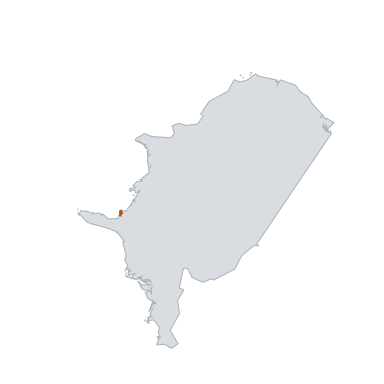 location of Franklin, United States of America, rotated 124°
{"feature_id": "52423323B15178674781049", "entity_name": "Franklin", "entity_type": "district", "adm_level": 2, "iso_a3": "USA", "parent_name": "United States of America", "parent_adm1": "", "projection": "equal_earth", "projection_center": [-84.778, 29.8], "detail": "fine", "context": "in_parent", "style": "filled", "palette": "amber", "viewbox_px": 384, "rotation_deg": 124, "n_neighbors": 0, "source": "geoboundaries", "source_scale": "gbopen_adm2", "svg_char_len": 4612}
<svg xmlns="http://www.w3.org/2000/svg" viewBox="0 0 384 384"><g transform="rotate(124 192 192)"><path d="M299.7,134.5L318.8,132.8L325.6,118.8L332.9,121.2L333.8,129.9L338.4,135.7L331.3,137.7L331.0,139.4L329.7,137.3L328.1,140.8L322.6,143.2L319.3,152.1L322.7,155.9L324.9,155.4L324.2,153.7L324.9,154.5L325.2,156.4L319.1,157.7L317.8,155.6L317.3,158.4L310.2,159.1L304.9,162.6L305.4,160.6L304.8,159.3L303.6,164.1L305.1,165.0L304.8,169.2L301.3,174.5L297.4,171.2L299.6,167.8L297.0,170.2L298.2,173.9L299.9,176.1L300.2,178.5L295.9,187.3L297.1,181.7L293.4,176.5L295.6,171.0L292.0,172.7L293.5,180.8L290.0,178.3L288.8,178.6L289.8,176.1L289.8,175.3L288.6,177.3L288.6,179.0L294.0,182.1L292.9,183.6L290.4,180.7L289.5,180.3L292.6,183.7L293.9,184.4L293.2,186.4L291.5,184.8L294.1,188.0L293.5,188.4L292.2,186.8L289.0,186.0L293.1,189.0L295.6,188.9L298.4,196.6L296.0,190.7L296.8,194.5L291.9,193.7L295.5,197.5L297.2,196.4L295.1,199.8L290.5,198.6L293.3,200.4L290.9,202.1L293.8,203.4L288.7,204.2L286.1,209.8L281.2,211.3L272.1,221.6L270.9,220.5L267.5,230.0L267.2,232.3L268.7,239.6L275.6,261.5L273.3,273.2L269.9,273.9L266.4,267.6L265.8,262.4L260.8,256.4L262.5,253.7L260.1,253.9L261.1,246.2L255.4,238.7L246.5,240.4L245.0,236.0L236.3,235.7L237.4,234.0L235.8,235.7L231.9,236.4L231.9,233.1L231.2,235.5L219.2,236.1L224.3,237.8L222.5,240.9L226.3,243.9L224.3,245.5L220.1,241.5L219.7,244.6L213.9,243.3L210.7,239.3L208.6,241.3L200.1,238.3L194.9,242.6L196.2,241.4L193.6,240.3L192.0,245.7L186.6,249.1L187.9,248.1L184.5,247.5L185.6,249.4L181.5,251.7L179.7,257.7L177.9,256.7L179.4,258.3L179.5,263.9L181.0,267.3L179.7,268.5L170.2,264.2L168.4,256.1L158.9,240.0L153.7,239.1L148.3,245.4L142.3,241.2L140.0,233.9L132.4,225.3L122.8,225.3L122.5,228.5L107.2,228.5L88.4,218.5L75.3,219.8L74.1,214.4L69.2,209.3L58.4,205.3L58.8,201.5L51.8,184.6L52.3,182.8L53.9,185.0L53.3,181.4L57.5,181.0L49.7,181.5L45.6,166.0L48.4,157.9L47.9,148.9L51.1,143.1L55.4,126.7L59.1,127.1L55.1,126.3L57.2,122.0L55.7,122.0L55.1,113.1L64.1,114.6L61.3,119.3L65.0,115.9L63.9,119.9L61.5,120.9L63.0,121.0L65.1,119.4L66.6,115.4L65.3,109.2L199.2,109.3L199.3,106.9L201.7,110.8L216.6,115.1L231.9,113.5L252.6,124.6L253.4,127.6L260.6,132.3L262.8,143.9L257.8,153.3L260.1,156.4L278.6,148.9L277.8,144.6L279.4,143.8L289.6,143.5L299.7,134.5ZM312.4,161.1L315.5,160.6L304.7,163.4L313.6,159.9L312.4,161.1ZM65.2,113.0L65.9,115.5L65.7,115.9L64.4,114.0L65.2,113.0ZM180.8,266.3L179.7,261.4L179.9,258.6L180.0,261.6L180.8,266.3ZM332.1,138.1L332.1,139.4L331.6,139.1L332.1,138.1ZM210.7,240.7L210.9,241.9L210.0,241.0L210.7,240.7ZM62.2,209.6L63.6,209.0L62.2,209.6ZM60.9,209.2L60.3,210.0L59.9,209.3L60.9,209.2ZM321.9,157.9L321.1,158.8L320.9,158.6L321.9,157.9ZM180.8,256.1L179.9,258.3L181.9,254.0L180.8,256.1ZM273.6,254.2L274.9,258.6L273.3,253.8L273.6,254.2ZM68.5,213.1L68.9,214.2L68.4,213.2L68.5,213.1ZM273.9,273.9L272.8,275.3L274.6,272.3L273.9,273.9ZM298.9,199.2L297.7,200.8L298.6,196.9L298.9,199.2ZM64.4,111.0L64.2,111.7L63.8,111.4L64.4,111.0ZM185.6,250.3L183.7,251.2L185.7,249.9L185.6,250.3ZM324.9,158.3L324.9,159.3L324.0,159.0L324.9,158.3ZM68.0,216.3L68.3,217.7L67.8,216.4L68.0,216.3ZM183.2,252.1L182.4,252.6L183.1,251.8L183.2,252.1ZM299.8,180.2L298.6,182.3L300.0,179.3L299.8,180.2ZM194.3,243.6L193.1,244.4L194.9,242.9L194.3,243.6ZM267.7,231.1L267.5,232.8L267.3,231.6L267.7,231.1ZM294.3,203.7L293.9,204.0L295.0,202.7L294.3,203.7ZM249.7,240.1L248.2,241.0L247.6,240.8L249.7,240.1ZM231.3,236.1L231.1,236.4L230.2,236.4L231.3,236.1ZM264.2,262.6L264.4,263.8L263.9,262.3L264.2,262.6ZM227.5,238.6L227.2,239.7L227.2,237.7L227.5,238.6ZM270.6,277.0L269.7,277.1L270.9,276.7L270.6,277.0ZM304.5,169.9L304.0,170.9L304.7,169.4L304.5,169.9ZM296.8,201.1L296.3,201.5L296.2,201.4L296.8,201.1Z" fill="#d9dde1" stroke="#a8b0b8" stroke-width="1"/><path d="M248.1,238.3L248.2,238.5L248.0,238.8L248.0,239.0L248.1,239.4L248.1,239.5L247.9,239.7L247.8,239.8L247.7,239.7L247.1,240.2L247.0,240.4L247.0,240.5L247.5,240.8L247.8,240.9L248.0,241.1L248.5,240.9L248.9,240.6L249.5,240.4L249.9,239.8L249.6,240.0L249.4,240.3L248.8,240.5L248.2,240.9L247.9,240.7L247.7,240.4L247.6,240.2L247.9,240.2L248.1,240.2L248.3,240.2L248.5,240.0L248.6,239.9L248.7,239.7L248.8,239.7L248.9,239.8L248.8,240.0L249.0,240.0L249.1,239.9L249.6,239.7L249.9,239.4L250.0,239.3L250.2,239.2L250.4,239.1L250.6,238.9L250.8,238.8L250.9,238.7L251.0,238.7L251.3,238.7L251.3,238.8L251.5,238.8L251.8,238.9L251.9,238.7L251.8,238.4L251.3,238.3L251.3,238.2L251.2,238.3L251.2,238.1L250.9,238.2L250.7,238.0L248.2,238.0L248.1,238.3ZM250.1,239.6L250.1,239.8L250.3,239.7L250.5,239.6L250.6,239.3L250.4,239.4L250.2,239.6L250.1,239.6Z" fill="#f59e0b" stroke="#b45309" stroke-width="1.5"/></g></svg>